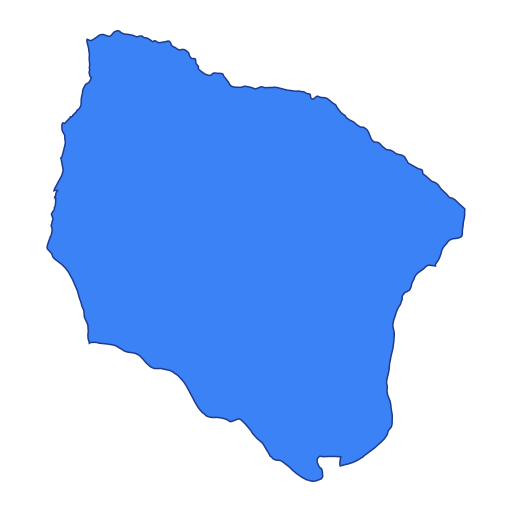 Guacamayas, Boyacá, Colombia (orthographic projection)
{"feature_id": "7082276B5758535109940", "entity_name": "Guacamayas", "entity_type": "district", "adm_level": 2, "iso_a3": "COL", "parent_name": "Colombia", "parent_adm1": "Boyacá", "projection": "orthographic", "projection_center": [-72.516, 6.443], "detail": "fine", "context": "isolated", "style": "filled", "palette": "blue", "viewbox_px": 512, "rotation_deg": 0, "n_neighbors": 0, "source": "geoboundaries", "source_scale": "gbopen_adm2", "svg_char_len": 5839}
<svg xmlns="http://www.w3.org/2000/svg" viewBox="0 0 512 512"><path d="M132.9,35.3L127.8,34.3L124.7,34.1L123.2,33.7L120.9,32.4L119.5,31.2L118.3,30.8L117.2,30.7L114.4,31.8L112.4,33.8L111.6,35.1L110.4,36.0L109.3,36.3L108.2,36.2L103.6,34.6L102.1,34.5L100.9,34.6L99.5,35.1L94.3,38.8L91.4,40.5L90.5,40.6L87.1,39.3L86.8,40.5L87.0,42.0L88.6,48.3L88.9,51.3L89.4,53.7L89.3,56.8L89.1,57.8L89.7,64.9L89.3,68.2L89.8,70.2L89.3,71.1L89.1,72.7L89.2,73.4L89.5,73.8L89.6,75.2L89.8,75.9L90.7,77.1L91.4,77.6L90.5,79.8L89.3,81.8L88.5,82.7L85.5,84.5L84.8,86.0L83.5,88.2L82.8,90.1L82.4,93.3L81.3,98.2L81.0,104.9L80.7,106.0L79.2,108.7L77.0,110.4L76.3,112.0L75.4,112.6L74.1,114.1L72.7,115.3L72.4,116.3L71.9,116.7L70.3,116.9L70.5,117.4L66.1,121.8L64.9,123.3L64.4,123.4L63.9,123.0L62.9,122.9L62.5,123.2L62.1,124.1L61.9,125.2L61.9,128.0L62.1,130.0L62.8,131.9L64.7,135.3L64.9,139.3L65.4,142.4L64.8,145.7L62.1,156.3L61.8,157.0L60.8,157.9L61.6,161.2L63.2,170.3L61.9,175.2L54.4,189.1L54.0,190.8L55.5,190.4L57.5,190.5L55.9,193.2L55.7,194.3L55.7,196.0L54.7,196.7L54.8,197.6L54.7,197.8L55.1,197.8L55.9,198.6L55.5,199.4L55.7,200.6L55.3,205.6L54.3,207.9L54.3,209.3L54.1,209.9L53.3,211.1L52.7,211.7L51.4,214.1L53.1,219.2L53.0,219.6L52.3,220.8L51.8,223.6L51.1,225.5L51.1,226.0L51.9,227.5L52.1,231.2L51.5,233.5L51.2,235.2L50.2,237.0L47.7,244.3L47.1,246.6L47.1,247.8L47.4,248.9L51.6,253.5L53.0,257.1L54.8,259.1L61.9,264.5L65.7,268.4L68.3,271.8L72.6,279.6L77.6,291.3L78.5,294.9L79.8,299.3L80.7,301.4L81.9,306.0L83.9,310.8L84.3,316.6L84.7,318.0L87.4,323.7L88.0,325.9L88.0,328.0L88.3,330.7L87.9,335.2L88.1,338.7L89.2,342.1L89.3,343.3L90.6,342.5L94.6,342.3L96.9,342.5L99.2,343.2L107.4,344.0L113.4,345.0L115.7,345.8L117.7,346.9L122.3,349.6L123.6,350.6L125.1,351.3L128.0,352.2L132.3,352.7L133.9,353.0L135.9,353.6L139.0,355.2L140.4,356.4L143.3,359.5L146.4,363.2L150.5,366.8L152.3,367.7L154.3,368.5L158.3,368.6L160.4,368.4L170.1,370.5L172.1,371.5L178.1,375.6L183.3,381.3L186.5,386.1L195.3,402.7L197.6,406.6L199.5,409.3L202.6,412.8L204.6,414.1L205.7,415.4L207.2,416.3L210.5,417.3L213.3,417.5L217.5,417.4L221.7,418.0L225.0,418.9L226.8,419.6L229.8,421.4L230.7,421.7L233.5,420.8L238.3,418.9L239.6,419.0L240.8,419.7L242.5,421.2L245.5,424.2L250.8,430.5L252.3,433.1L257.1,438.5L261.5,442.2L262.9,443.6L266.9,450.4L268.5,452.9L269.9,455.7L270.2,456.2L271.4,456.9L272.9,458.6L274.3,459.5L276.2,460.1L280.0,460.4L281.7,461.1L288.1,466.0L290.3,467.8L291.9,469.6L296.5,473.5L301.9,477.3L306.2,479.6L312.2,481.3L315.9,480.9L319.7,479.5L321.5,478.7L322.7,476.6L322.4,471.8L321.9,469.6L320.9,468.1L319.9,467.7L318.5,465.5L317.1,461.8L317.2,459.5L317.6,458.3L318.3,457.4L319.8,456.2L323.4,456.7L327.0,456.5L334.4,456.4L340.8,456.8L340.2,459.7L339.9,462.9L339.9,465.1L340.3,466.0L343.8,464.9L348.1,464.0L352.9,462.4L357.4,460.3L363.3,456.7L363.7,456.1L364.3,455.6L374.4,448.1L377.5,445.2L380.7,442.5L384.2,439.0L386.5,435.7L387.3,434.2L388.2,430.8L391.2,427.1L391.8,425.5L392.1,423.5L392.3,415.4L391.0,407.7L390.9,405.5L390.2,401.6L387.7,395.2L387.0,391.3L387.3,387.0L387.2,385.8L386.6,384.0L386.6,381.4L387.3,377.5L388.0,375.0L389.1,369.5L389.6,363.3L390.4,359.8L391.1,355.7L392.9,348.5L393.9,340.5L394.3,334.0L393.9,330.8L393.0,327.4L392.8,324.6L393.7,320.1L395.9,313.7L396.1,312.5L397.9,308.4L398.6,307.0L400.1,304.9L400.7,303.5L401.3,301.4L402.2,299.5L402.2,296.4L402.6,295.3L404.9,292.6L405.8,292.1L407.0,291.7L409.3,290.2L409.9,289.5L410.9,287.5L411.8,283.5L412.3,282.2L414.3,278.5L414.5,277.4L415.5,275.4L418.0,272.8L423.5,268.9L425.9,266.5L427.9,265.3L430.0,265.2L435.5,266.0L435.4,264.6L435.9,263.5L438.2,260.4L439.8,257.0L441.2,252.9L442.0,249.7L443.1,247.8L444.3,246.1L446.8,243.3L448.3,241.2L449.5,240.2L452.2,238.9L457.1,238.3L459.9,237.5L461.5,236.5L461.9,235.9L462.3,234.1L462.4,230.2L463.1,225.5L463.3,222.4L464.4,217.4L464.7,214.3L464.6,211.5L464.9,209.6L464.7,208.8L459.0,203.7L455.1,199.9L452.3,198.2L450.1,197.7L449.2,197.3L446.6,194.2L440.8,188.7L438.4,185.1L436.8,183.6L434.9,182.4L432.3,181.5L431.4,181.0L425.7,175.9L423.0,174.0L422.7,173.2L422.6,171.5L422.3,170.4L421.8,169.7L419.7,169.0L418.7,169.0L408.2,163.1L404.9,157.3L404.2,156.5L402.0,155.2L397.7,154.2L395.9,153.6L393.6,151.8L390.7,150.2L386.7,149.6L386.0,149.3L382.5,146.5L379.3,143.1L377.0,142.2L374.6,142.0L373.7,141.7L372.3,140.4L371.1,138.7L368.4,131.9L367.7,130.9L367.2,130.0L365.4,128.4L363.3,127.2L362.6,127.1L361.3,127.3L359.8,126.7L356.8,124.8L353.7,122.0L349.3,119.8L347.2,118.3L346.2,117.4L344.9,115.4L342.4,113.8L340.9,112.5L337.2,107.7L335.9,105.2L335.4,104.6L333.1,103.3L327.4,98.6L324.8,97.7L321.4,97.5L319.8,97.1L317.7,96.2L317.1,96.2L316.0,96.8L314.9,97.9L313.5,98.8L312.9,99.2L312.3,99.2L310.9,98.1L310.7,97.7L310.5,95.5L310.1,94.3L309.4,93.9L307.4,93.7L306.6,93.4L304.5,92.1L303.2,91.6L301.5,91.7L299.1,91.0L297.1,91.2L294.4,91.1L290.8,90.5L287.6,90.2L277.5,87.6L275.4,87.3L274.4,87.2L272.6,87.5L269.4,87.5L266.3,87.7L264.5,87.6L262.4,86.9L261.3,86.8L260.0,87.1L258.3,87.9L255.9,88.8L255.2,88.9L250.5,87.2L245.5,86.3L244.2,86.3L241.7,87.2L239.6,87.4L237.3,87.2L236.1,87.3L232.9,86.8L231.3,86.1L229.9,84.8L228.3,81.9L223.7,76.1L222.8,74.0L222.3,73.7L220.7,73.4L217.3,73.3L215.8,73.0L214.5,73.0L213.2,73.2L212.8,73.4L211.7,74.6L210.9,75.2L208.9,75.4L207.3,74.9L204.6,73.8L201.2,71.4L199.1,69.6L198.2,68.5L198.5,66.9L198.4,66.4L196.0,63.5L195.5,59.3L195.1,58.8L194.2,58.5L192.0,58.6L191.2,58.2L190.1,56.7L189.6,55.9L188.8,53.3L188.3,52.6L187.1,51.3L185.6,50.2L183.8,49.5L182.8,49.4L182.0,49.4L180.3,49.9L178.9,49.9L178.3,49.7L175.3,47.6L173.5,46.8L172.1,46.0L171.7,45.5L170.2,42.3L169.5,41.4L168.1,41.0L165.6,41.7L160.2,42.6L158.8,42.6L157.0,42.0L155.4,40.8L154.8,40.7L154.2,40.8L153.1,41.7L152.7,41.7L151.9,41.2L151.5,40.7L147.6,38.3L146.6,38.0L144.1,37.6L143.2,37.1L142.3,36.2L141.4,36.0L140.2,36.0L139.0,36.2L137.7,36.7L136.4,36.8L132.9,35.3Z" fill="#3b82f6" stroke="#1e3a8a" stroke-width="1.5"/></svg>